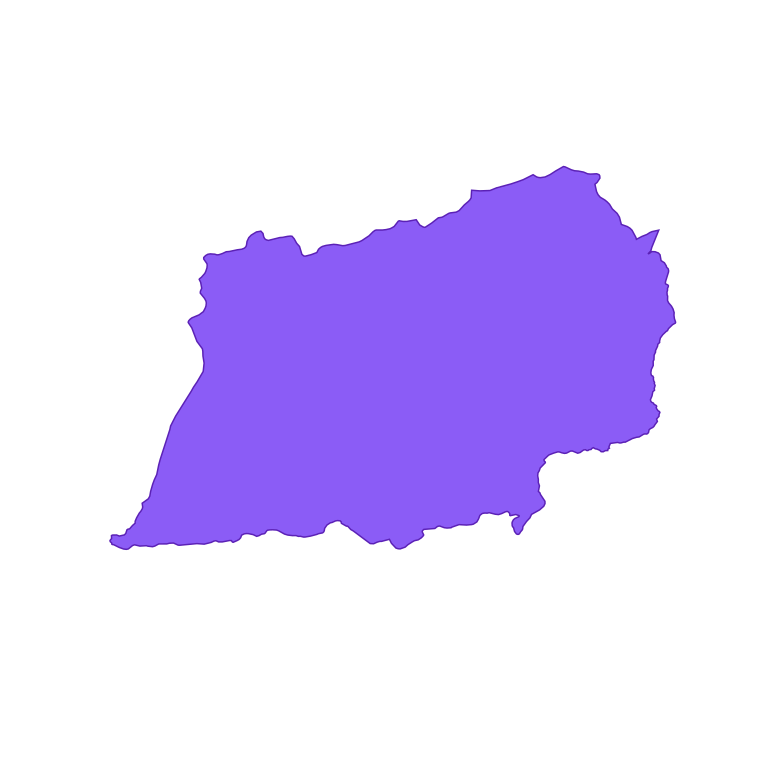 Penipe, Chimborazo, Ecuador, rotated 256°
{"feature_id": "8360857B23969397471508", "entity_name": "Penipe", "entity_type": "district", "adm_level": 2, "iso_a3": "ECU", "parent_name": "Ecuador", "parent_adm1": "Chimborazo", "projection": "equal_earth", "projection_center": [-78.46, -1.554], "detail": "fine", "context": "isolated", "style": "filled", "palette": "violet", "viewbox_px": 768, "rotation_deg": 256, "n_neighbors": 0, "source": "geoboundaries", "source_scale": "gbopen_adm2", "svg_char_len": 6153}
<svg xmlns="http://www.w3.org/2000/svg" viewBox="0 0 768 768"><g transform="rotate(256 384 384)"><path d="M394.9,166.8L391.6,165.2L365.1,148.7L360.1,145.9L351.1,141.6L346.4,137.8L342.7,135.3L336.3,131.6L331.8,129.6L329.6,127.5L326.8,120.5L323.0,120.1L321.4,119.3L319.3,117.2L317.9,115.3L314.0,111.6L311.1,109.4L309.1,108.8L307.6,105.8L305.0,102.1L305.1,100.4L304.7,99.3L301.5,97.3L300.4,95.6L300.5,90.4L302.2,88.0L303.1,84.1L302.9,82.9L300.0,82.3L298.5,80.3L297.3,80.2L295.7,81.3L294.3,81.2L293.9,81.7L293.5,82.8L289.5,87.5L286.9,91.4L285.9,94.0L285.8,96.0L288.1,101.0L288.3,103.1L285.8,107.9L284.6,114.3L283.8,115.6L282.1,120.1L282.2,122.5L283.3,126.7L281.4,134.6L281.4,137.4L280.6,141.3L277.5,145.2L277.0,146.7L274.4,163.8L272.1,170.9L272.1,178.0L272.7,181.0L272.6,183.0L270.8,185.3L269.9,189.0L269.5,196.2L269.0,198.0L267.3,198.7L266.9,199.4L267.6,203.6L268.2,205.8L269.5,207.7L271.8,209.3L272.4,212.2L272.2,214.2L271.6,216.3L269.5,220.6L267.0,223.6L267.1,226.1L267.9,228.8L267.7,231.7L268.0,232.5L270.0,234.8L270.3,235.6L270.1,237.7L269.5,240.6L268.3,244.4L267.1,246.2L262.5,251.1L260.7,254.1L259.0,258.6L258.2,262.0L256.9,264.0L256.4,266.2L255.0,268.8L254.6,270.5L254.2,276.0L254.3,282.4L254.6,284.3L254.4,288.4L255.0,289.6L256.0,290.5L258.3,291.5L261.0,294.6L262.3,298.4L262.2,300.1L262.9,303.9L262.7,305.9L261.9,308.2L260.9,309.0L259.1,309.0L255.2,313.1L254.8,314.4L250.8,316.6L248.9,318.6L232.5,332.0L231.5,335.3L232.2,339.1L232.3,342.0L231.9,343.4L232.0,351.7L227.6,352.7L221.9,355.9L220.7,357.9L220.1,359.8L220.6,365.1L222.3,368.3L223.9,373.1L224.6,375.6L224.5,379.5L225.7,383.0L227.0,385.1L227.9,386.0L231.4,385.3L232.4,385.9L233.3,387.5L231.5,398.4L232.8,401.3L232.9,402.4L232.7,403.7L230.0,407.7L229.0,410.3L228.3,414.3L228.7,415.3L229.4,422.8L227.2,429.9L226.4,435.0L226.4,436.8L227.7,440.7L230.2,443.1L233.3,445.2L234.4,447.5L234.6,448.4L234.4,450.6L233.7,453.0L233.7,454.9L230.7,460.5L229.6,463.5L229.8,466.8L230.6,470.8L230.6,472.5L230.3,473.2L229.3,474.0L227.9,474.6L226.1,474.3L225.7,474.7L225.5,480.3L223.6,483.2L223.1,483.2L222.6,482.7L221.9,478.6L221.0,476.8L219.4,475.3L218.2,474.6L215.4,474.1L214.3,474.3L213.4,474.9L209.3,475.0L206.5,476.2L205.9,477.0L205.6,478.2L205.9,479.1L207.7,481.0L208.7,482.5L209.7,483.4L212.1,484.3L212.7,485.0L216.1,489.0L218.8,493.2L221.8,495.6L224.2,504.5L226.7,509.4L229.0,511.3L231.3,511.8L238.9,509.1L240.8,508.9L242.4,507.8L247.6,510.2L251.0,509.9L254.2,510.7L257.7,510.9L260.5,511.9L262.3,513.7L264.7,515.2L268.6,521.5L269.3,521.6L270.7,520.8L272.0,521.0L274.8,525.9L275.3,527.1L275.9,531.9L276.1,536.2L275.7,537.6L274.2,539.9L273.0,542.4L272.8,544.5L273.8,548.7L273.4,550.6L270.0,555.2L270.1,557.8L271.7,561.7L271.5,563.6L270.5,564.5L270.1,565.8L270.6,566.9L270.4,569.1L271.2,570.1L271.6,571.7L270.0,573.3L269.3,574.9L267.5,577.3L265.8,578.3L265.2,580.3L265.8,582.5L265.3,585.0L266.5,585.4L267.2,587.2L268.2,586.9L269.1,587.4L271.6,589.3L270.8,596.5L269.7,598.6L269.5,599.8L269.6,602.6L269.2,604.0L271.0,611.8L271.2,616.2L270.9,618.8L272.4,623.5L272.5,624.9L271.9,626.8L272.1,627.7L272.9,628.9L275.4,630.1L276.2,631.6L276.8,634.3L277.6,635.7L279.1,637.2L281.5,640.2L284.1,640.0L286.1,643.0L288.1,643.6L289.6,644.8L290.7,644.6L291.5,643.6L293.8,642.6L295.3,642.4L296.4,643.2L297.2,643.0L299.0,641.1L300.3,640.8L301.5,639.3L302.6,638.7L304.3,638.7L307.7,641.2L311.5,643.0L312.5,645.0L314.2,645.1L316.9,646.7L319.1,646.4L320.2,646.9L321.6,646.5L323.7,646.6L325.2,647.1L326.7,646.7L327.2,645.9L328.2,645.5L330.3,645.6L333.4,646.9L336.8,649.7L341.0,650.7L342.2,651.8L346.7,653.1L349.4,655.3L350.0,655.2L350.9,655.7L354.5,658.6L356.3,659.3L357.6,661.5L359.0,661.8L361.8,663.3L364.4,666.4L366.9,670.8L367.1,671.9L368.9,673.4L371.8,678.4L372.6,681.4L373.4,681.9L377.2,681.6L380.6,682.0L383.1,682.8L386.9,682.6L389.9,681.8L393.9,679.8L396.4,679.3L400.7,680.5L401.9,680.3L404.7,680.8L406.4,681.8L408.2,682.2L409.7,683.4L410.6,683.7L411.4,683.4L413.0,681.5L413.9,681.4L415.5,682.1L423.9,687.2L425.2,687.6L427.1,687.6L429.0,686.4L430.2,686.5L433.8,685.4L436.7,682.7L442.6,683.1L444.7,682.0L446.8,679.0L447.6,676.2L447.6,675.5L446.5,673.1L446.4,671.6L448.6,675.1L451.8,676.9L466.8,687.8L467.0,681.0L466.6,678.5L465.5,675.3L464.8,670.0L463.3,663.9L465.2,663.9L473.1,661.9L475.6,660.4L477.9,658.2L481.4,652.9L488.9,652.8L493.1,651.5L498.6,647.9L503.8,646.3L506.7,644.6L509.0,642.9L512.9,639.0L515.9,637.5L519.2,636.8L526.8,637.0L528.0,639.5L531.5,643.3L533.8,643.7L535.1,643.3L536.5,641.3L537.7,635.2L538.7,632.4L541.3,629.0L543.6,624.1L544.8,620.5L546.6,617.5L550.9,612.2L551.6,610.7L549.2,602.2L547.0,595.8L545.9,590.4L546.4,585.5L547.1,583.7L548.0,582.2L551.0,579.3L548.6,568.6L548.0,563.2L547.4,555.6L547.1,540.7L546.1,533.6L548.2,523.7L550.8,515.9L543.6,513.6L541.9,511.9L540.7,510.0L538.3,505.2L534.1,498.9L533.3,495.7L534.0,489.6L533.9,488.1L531.9,481.3L531.8,480.4L532.1,476.9L528.6,469.1L526.1,461.9L526.3,460.9L527.3,459.5L529.7,457.1L535.6,455.0L536.2,445.7L537.1,441.9L538.7,438.2L538.5,437.2L534.4,432.0L533.7,429.7L533.2,427.5L533.3,423.4L533.8,419.6L535.3,413.8L535.2,412.3L534.3,410.1L531.4,405.3L528.5,397.2L527.9,394.2L527.8,379.8L528.2,377.4L530.7,371.8L531.7,368.9L532.5,361.3L532.4,357.6L531.8,355.4L530.6,353.1L527.8,350.6L527.1,344.4L527.1,339.6L527.1,338.4L527.7,337.1L529.7,335.7L537.9,335.3L541.7,333.3L546.6,332.0L549.6,330.5L550.2,328.8L550.6,325.9L550.8,321.2L551.3,318.4L551.3,306.5L552.5,304.5L553.8,303.4L555.8,302.9L559.4,303.0L562.1,301.5L562.4,297.0L560.6,291.2L558.7,288.2L555.5,285.6L552.1,284.2L550.7,283.3L549.6,281.5L549.2,278.6L549.7,274.2L550.0,266.0L550.5,262.9L549.7,258.8L549.4,255.1L549.7,253.2L550.9,251.2L552.3,246.9L552.5,244.4L551.8,242.0L550.4,239.7L548.9,239.3L543.6,241.3L542.1,241.2L539.5,240.3L536.2,238.2L534.6,236.8L531.7,232.6L530.7,230.4L530.2,230.0L527.0,230.7L521.0,230.3L518.4,228.3L516.7,227.7L510.4,230.6L507.6,231.3L505.6,231.2L502.9,230.2L500.9,228.9L497.9,226.2L495.8,221.2L494.7,213.8L493.8,211.6L492.8,210.1L492.0,209.3L491.0,208.9L484.9,211.1L470.6,212.8L462.1,216.3L459.5,216.1L454.9,215.1L447.8,214.5L439.9,211.6L431.4,203.3L427.0,198.4L423.5,195.1L403.2,174.0L394.9,166.8Z" fill="#8b5cf6" stroke="#5b21b6" stroke-width="1.5"/></g></svg>